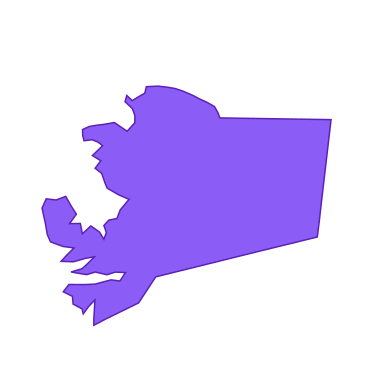 Agricolândia, Piauí, Brazil (Equal Earth projection), rotated 259°
{"feature_id": "56859067B82252507682420", "entity_name": "Agricolândia", "entity_type": "district", "adm_level": 2, "iso_a3": "BRA", "parent_name": "Brazil", "parent_adm1": "Piauí", "projection": "equal_earth", "projection_center": [-42.679, -5.769], "detail": "fine", "context": "isolated", "style": "filled", "palette": "violet", "viewbox_px": 384, "rotation_deg": 259, "n_neighbors": 0, "source": "geoboundaries", "source_scale": "gbopen_adm2", "svg_char_len": 1281}
<svg xmlns="http://www.w3.org/2000/svg" viewBox="0 0 384 384"><g transform="rotate(259 192 192)"><path d="M299.2,146.4L293.4,143.5L285.2,149.4L277.8,150.5L270.8,149.0L264.0,139.9L275.0,129.1L275.2,118.7L275.8,110.6L275.9,103.5L274.2,96.5L268.2,95.5L262.9,95.8L262.4,103.8L259.1,109.0L254.5,113.1L246.8,101.2L240.1,108.4L233.8,101.4L227.5,106.9L217.5,108.3L211.9,109.5L203.5,119.1L196.8,128.8L188.2,118.2L180.3,113.2L180.3,105.0L175.9,99.1L168.6,100.2L162.4,96.5L170.3,93.6L178.0,86.2L171.9,76.4L182.4,76.4L184.3,65.8L192.3,74.3L201.9,70.5L211.8,67.2L210.1,57.0L213.1,47.6L204.7,41.7L189.3,42.1L178.0,41.8L170.0,43.6L163.1,55.1L159.6,65.5L153.8,56.8L148.9,50.3L146.1,62.4L147.2,74.7L147.0,83.9L141.5,75.7L137.7,69.5L136.6,58.0L134.0,64.6L131.0,72.8L131.9,81.8L127.0,92.7L128.0,101.4L125.6,111.3L118.4,104.3L121.2,95.8L120.1,79.2L121.6,69.1L124.7,53.5L118.6,46.6L112.4,54.7L104.6,53.9L98.3,61.7L93.1,62.0L99.1,68.4L104.6,76.1L86.0,71.4L79.9,70.2L83.7,82.8L93.3,118.4L115.6,140.2L120.9,244.1L123.9,306.4L140.7,311.9L149.1,314.5L236.5,342.3L259.4,233.5L264.9,232.6L271.5,230.4L277.2,223.8L281.9,217.2L286.5,211.5L292.8,202.3L296.8,195.2L299.4,188.3L302.4,179.0L304.1,167.3L298.0,164.5L295.9,158.3L293.1,150.8L299.2,146.4Z" fill="#8b5cf6" stroke="#5b21b6" stroke-width="1.5"/></g></svg>